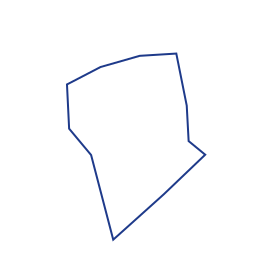 map outline of Saint John (orthographic projection), rotated 318°
{"feature_id": "GRD-5073", "entity_name": "Saint John", "entity_type": "Parish", "adm_level": 1, "iso_a3": "GRD", "parent_name": "Grenada", "parent_adm1": "", "projection": "orthographic", "projection_center": [-61.707, 12.147], "detail": "fine", "context": "isolated", "style": "outline", "palette": "blue", "viewbox_px": 256, "rotation_deg": 318, "n_neighbors": 0, "source": "natural_earth", "source_scale": "10m", "svg_char_len": 302}
<svg xmlns="http://www.w3.org/2000/svg" viewBox="0 0 256 256"><g transform="rotate(318 128 128)"><path d="M42.3,201.1L82.5,123.4L83.8,89.1L111.8,54.8L148.4,64.3L185.0,82.2L213.7,105.0L186.6,150.7L164.3,178.3L167.5,199.5L110.2,201.2L42.3,201.1Z" fill="none" stroke="#1e3a8a" stroke-width="2"/></g></svg>